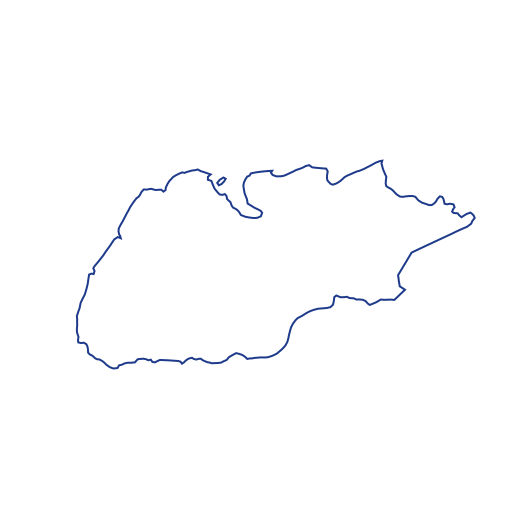 Alcântara, Maranhão, Brazil (Robinson projection), rotated 229°
{"feature_id": "56859067B30520431935021", "entity_name": "Alcântara", "entity_type": "district", "adm_level": 2, "iso_a3": "BRA", "parent_name": "Brazil", "parent_adm1": "Maranhão", "projection": "robinson", "projection_center": [-44.534, -2.392], "detail": "fine", "context": "isolated", "style": "outline", "palette": "blue", "viewbox_px": 512, "rotation_deg": 229, "n_neighbors": 0, "source": "geoboundaries", "source_scale": "gbopen_adm2", "svg_char_len": 4448}
<svg xmlns="http://www.w3.org/2000/svg" viewBox="0 0 512 512"><g transform="rotate(229 256 256)"><path d="M245.1,413.8L246.5,411.4L247.3,409.2L248.0,407.1L249.0,402.3L250.9,394.5L252.5,389.8L253.6,387.7L254.5,384.9L256.0,380.1L257.0,376.8L257.4,374.4L257.3,371.3L257.3,368.7L257.6,366.3L258.2,363.7L259.4,360.8L261.3,359.7L263.8,359.5L266.3,359.5L268.5,360.9L270.3,362.6L272.8,365.6L275.9,366.3L278.7,363.5L283.5,358.9L286.0,356.6L289.7,355.7L291.3,352.5L291.9,349.6L292.7,347.2L294.6,342.6L295.3,339.5L296.7,334.7L298.0,330.3L299.4,327.7L301.2,325.4L302.8,323.6L306.2,321.7L309.0,321.9L309.7,324.1L313.0,319.8L316.5,314.9L319.1,310.9L320.6,308.3L321.7,306.3L320.9,303.8L321.7,301.4L320.7,298.0L319.4,295.2L317.6,292.8L315.7,291.5L313.1,289.9L310.7,288.5L305.0,286.5L302.8,285.2L301.1,284.1L297.4,285.3L293.4,286.5L289.8,288.1L287.0,289.2L284.6,289.0L282.8,285.8L283.8,282.4L285.5,279.9L287.3,278.1L290.3,275.5L292.8,273.6L296.9,271.5L300.3,272.1L302.3,272.1L304.9,271.6L307.3,270.5L309.7,270.6L311.8,271.4L313.7,272.1L315.8,271.7L318.1,271.6L320.6,273.1L323.2,273.1L324.1,270.8L326.4,268.9L329.5,268.8L333.9,268.9L337.2,269.9L339.8,270.8L341.9,271.6L345.1,269.7L347.3,271.7L347.3,275.3L350.3,273.6L353.2,271.9L356.5,269.9L359.5,268.8L360.7,266.4L362.5,263.8L363.6,261.4L364.8,259.0L365.5,256.8L367.5,255.1L368.5,252.3L369.5,248.4L370.0,245.2L369.4,239.9L368.6,236.9L366.9,233.0L365.1,231.0L365.3,228.4L368.2,228.0L370.0,225.8L371.4,223.8L373.2,222.4L375.1,221.3L376.4,219.6L377.6,217.3L379.9,214.9L379.4,211.3L378.2,208.5L377.7,206.1L378.0,203.8L377.5,201.1L376.5,196.9L375.5,193.2L374.3,190.3L372.7,185.8L371.1,181.8L369.6,178.0L368.6,175.0L367.8,172.8L366.8,170.5L364.8,168.4L362.3,167.0L360.3,166.6L358.1,165.6L360.9,164.2L361.3,162.0L361.5,159.7L359.4,152.2L357.9,145.5L357.2,143.1L356.5,140.3L356.0,137.6L355.5,135.1L354.7,130.4L354.2,127.2L353.4,125.1L350.6,124.3L348.9,121.6L350.6,120.3L351.5,117.9L348.5,114.3L345.6,111.0L344.1,108.9L342.2,106.2L339.3,101.6L337.1,96.1L335.6,92.8L332.2,88.4L331.0,86.1L328.2,81.4L325.6,79.6L323.8,77.9L320.9,75.5L318.2,72.7L315.9,70.9L313.7,69.9L311.3,68.9L309.5,66.6L307.4,65.2L305.0,66.9L303.6,69.1L300.8,70.1L298.2,69.4L295.9,68.0L293.2,65.9L290.6,66.0L288.7,66.9L286.8,67.3L284.3,67.5L282.4,68.3L280.7,69.9L277.9,71.0L275.3,71.5L271.9,71.8L268.1,72.7L264.6,74.6L262.3,78.0L263.3,81.0L262.0,83.3L261.2,86.3L259.6,89.2L257.0,92.2L255.2,94.8L255.7,98.9L254.4,100.9L252.4,103.6L250.1,105.4L248.0,106.3L246.8,108.6L244.1,108.3L242.0,110.0L241.3,113.0L240.5,115.4L233.7,122.5L227.9,128.3L225.8,129.7L223.3,129.5L223.0,132.0L223.2,134.8L222.7,138.0L221.2,140.9L219.2,141.5L217.1,142.9L216.0,145.3L214.6,147.0L212.4,147.4L210.2,148.4L207.8,149.6L206.0,151.1L204.1,152.2L202.2,154.6L200.0,157.4L198.4,159.8L197.9,162.2L196.8,165.6L197.4,169.2L196.5,174.0L195.7,177.3L193.3,179.0L190.4,180.7L187.2,181.6L184.0,181.9L182.9,183.9L181.2,186.0L180.0,188.1L178.3,190.4L176.4,193.0L173.9,195.8L172.4,197.6L171.1,200.1L169.9,203.0L168.7,207.4L168.6,210.8L168.6,214.8L169.1,219.3L170.6,223.3L172.7,226.5L174.7,229.0L176.0,230.9L177.4,232.9L179.2,235.8L180.7,239.5L181.6,243.6L181.8,246.8L181.2,249.0L180.5,252.2L180.1,255.1L179.5,258.3L178.6,261.4L177.4,264.4L175.5,268.2L174.2,270.0L170.4,275.2L168.6,278.5L168.7,282.1L170.7,284.9L173.6,288.1L173.5,290.7L169.5,292.7L167.4,295.1L165.6,297.8L162.8,299.1L159.8,302.1L157.3,303.2L155.4,305.5L153.1,307.7L150.3,309.1L146.7,309.2L144.5,309.7L143.5,312.4L142.2,316.5L141.2,321.7L138.8,324.0L136.8,326.5L134.6,329.2L132.1,331.6L132.8,346.3L138.8,344.6L143.6,347.5L145.6,348.9L148.3,350.6L156.5,375.7L154.1,384.3L152.9,388.5L152.1,391.4L151.0,395.1L150.0,398.7L144.5,417.8L143.5,421.6L142.1,426.5L141.0,430.1L139.6,434.4L139.2,439.5L140.5,442.3L141.2,446.0L143.5,446.8L145.6,446.8L148.1,446.3L149.6,442.4L150.5,436.5L153.1,436.1L155.9,436.2L158.8,433.4L160.8,433.1L161.8,435.0L162.6,437.9L165.4,438.9L168.2,436.7L169.7,434.1L171.7,432.6L175.9,434.8L178.4,435.3L180.4,433.9L180.1,430.6L179.0,427.3L178.8,424.5L179.2,422.0L180.8,420.1L185.5,417.4L187.3,416.3L191.5,415.0L196.1,415.1L198.6,413.5L201.0,410.6L202.7,408.2L204.4,405.5L206.5,403.6L208.6,403.0L210.5,402.5L215.8,402.3L218.4,401.8L221.4,400.6L223.4,400.2L225.7,401.5L228.2,404.0L230.2,406.3L234.2,407.5L237.0,408.4L238.8,409.1L240.6,410.0L243.5,411.4L245.1,413.8ZM336.6,282.9L337.3,278.7L336.6,274.7L333.7,274.4L332.9,277.3L333.2,280.8L334.2,283.8L336.6,282.9Z" fill="none" stroke="#1e3a8a" stroke-width="2"/></g></svg>